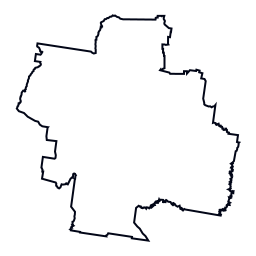 Macedon Ranges, Victoria, Australia
{"feature_id": "25037944B22463121274190", "entity_name": "Macedon Ranges", "entity_type": "district", "adm_level": 2, "iso_a3": "AUS", "parent_name": "Australia", "parent_adm1": "Victoria", "projection": "equal_earth", "projection_center": [144.673, -37.333], "detail": "fine", "context": "isolated", "style": "outline", "palette": "ink", "viewbox_px": 256, "rotation_deg": 0, "n_neighbors": 0, "source": "geoboundaries", "source_scale": "gbopen_adm2", "svg_char_len": 5808}
<svg xmlns="http://www.w3.org/2000/svg" viewBox="0 0 256 256"><path d="M42.0,178.7L55.7,182.5L56.3,183.6L56.1,185.2L56.3,185.9L57.2,186.4L57.5,187.5L59.1,188.4L60.4,187.4L61.6,184.3L62.9,184.6L65.6,184.2L65.9,183.5L66.5,183.3L67.0,183.6L67.4,184.3L67.8,184.4L70.5,178.8L72.0,177.4L72.9,177.8L73.2,174.1L74.1,173.5L75.1,173.9L75.5,175.0L75.9,175.3L75.4,176.1L75.1,178.9L74.9,178.9L71.1,206.7L75.0,211.8L74.8,214.8L74.4,216.2L74.7,218.3L73.9,220.7L73.1,221.7L72.5,221.8L72.5,223.9L73.0,224.8L73.0,225.3L73.5,225.7L73.1,225.9L72.6,225.7L72.8,226.1L72.4,226.3L72.9,226.6L72.1,226.5L72.0,226.9L71.6,227.1L71.8,227.6L71.3,227.5L70.7,228.4L70.6,228.9L70.8,229.3L70.5,229.5L71.3,229.8L71.1,230.4L80.1,231.9L80.0,232.5L106.4,236.4L106.2,235.5L107.5,234.7L108.2,233.3L132.0,236.9L131.8,238.3L148.3,240.6L145.5,236.1L142.7,233.5L139.8,228.7L137.3,226.5L134.1,222.6L136.1,207.9L138.7,205.8L139.8,206.6L140.1,206.3L140.9,206.5L141.1,207.6L141.5,207.9L142.1,207.7L142.4,208.1L142.8,208.2L144.0,207.4L144.3,207.7L145.3,207.5L146.2,208.7L147.0,207.3L147.6,207.6L148.2,207.6L149.1,208.3L149.6,207.6L151.2,207.8L152.0,207.1L151.7,207.0L151.4,206.3L150.6,206.4L150.8,205.4L152.7,204.5L153.2,206.0L153.7,205.6L153.6,204.8L154.8,204.9L154.3,203.5L155.6,201.7L155.9,201.9L155.9,202.6L156.1,202.9L157.9,202.9L157.9,202.5L157.3,201.7L157.3,201.0L158.6,200.9L159.1,199.4L159.3,199.8L159.4,201.1L159.8,200.8L160.4,199.7L163.2,199.9L163.7,200.6L163.0,201.6L163.0,202.1L163.3,202.2L164.1,201.8L164.8,202.1L165.5,202.1L165.5,201.2L165.8,200.3L166.1,200.0L166.5,200.2L168.2,201.7L170.5,202.0L171.7,204.1L173.0,205.2L173.4,204.9L172.9,203.2L173.4,203.0L175.2,204.4L175.5,205.4L177.6,206.7L179.6,205.7L180.4,208.9L180.8,209.0L180.6,207.9L181.5,207.9L182.8,209.4L182.6,210.3L183.0,210.5L184.3,209.0L185.3,209.5L220.7,215.6L221.0,214.5L219.3,213.7L220.1,212.7L219.3,212.0L219.2,211.4L219.7,210.9L220.4,211.3L220.8,210.9L219.8,210.4L219.7,209.8L220.2,209.7L220.8,210.3L221.5,210.3L221.7,210.2L221.7,209.7L222.5,209.2L223.3,210.7L225.4,210.4L225.6,210.2L225.3,209.5L224.5,209.3L224.4,208.6L224.8,208.4L225.3,208.9L225.3,207.6L226.1,207.6L226.9,206.7L227.0,206.3L226.6,205.5L226.7,205.1L227.1,204.8L229.6,205.0L229.4,204.3L229.4,203.9L228.6,204.0L228.3,203.5L230.0,202.7L228.3,201.6L229.3,198.7L229.0,197.5L230.4,198.1L230.9,197.9L230.3,196.9L230.9,196.5L230.3,196.1L230.4,195.8L231.5,196.2L231.4,193.6L232.6,192.6L233.3,193.0L233.5,191.2L232.8,191.3L232.2,191.0L231.5,191.5L231.0,191.6L230.1,190.9L230.1,190.2L228.4,189.4L230.7,188.4L230.6,188.1L230.2,187.9L230.7,186.6L230.4,185.9L230.6,184.5L229.9,184.5L229.4,184.1L230.9,182.6L229.8,181.9L230.3,181.5L231.1,181.6L231.4,180.5L231.4,179.6L230.6,179.6L230.4,178.8L231.3,178.5L232.0,177.5L231.4,176.4L232.0,176.0L230.8,175.1L231.1,174.7L231.4,175.2L231.8,175.1L232.0,174.6L231.2,173.4L230.9,173.2L229.8,173.6L229.6,173.4L229.9,172.9L229.9,171.9L229.7,171.8L229.8,171.5L231.6,171.6L232.5,171.3L232.9,169.8L232.2,168.8L231.9,169.0L232.0,168.0L230.9,167.7L231.0,167.4L232.7,166.9L232.8,166.5L232.1,166.1L232.2,164.8L232.0,164.2L231.7,164.3L230.9,163.7L231.7,163.1L232.1,163.3L232.9,163.2L232.7,162.4L233.9,161.1L235.7,151.2L236.6,150.8L237.2,149.2L237.2,148.0L238.2,146.8L238.6,144.5L238.5,143.3L239.2,142.5L237.0,142.0L238.0,135.1L228.6,133.8L229.0,132.7L228.7,132.4L227.5,132.4L226.9,131.9L227.0,130.9L226.7,130.5L226.9,129.9L226.2,129.4L226.1,128.7L225.4,128.7L225.5,129.6L223.9,130.0L223.4,129.8L222.9,128.4L222.3,128.5L222.1,126.8L221.1,126.4L220.7,125.6L220.3,125.7L220.2,126.5L219.2,126.0L218.6,123.7L217.0,124.3L217.3,124.6L217.1,124.8L216.4,124.9L215.8,124.3L215.8,123.4L215.6,123.1L213.5,122.6L213.0,122.8L215.4,105.0L214.4,106.2L212.7,106.6L211.7,107.3L210.1,106.3L208.7,106.5L205.3,105.2L204.3,104.4L204.2,102.7L203.2,98.6L205.7,81.1L204.5,79.0L201.2,78.4L202.4,73.2L199.2,72.3L199.6,70.6L196.4,69.7L196.1,71.0L189.9,70.2L187.0,73.5L186.9,71.2L184.0,71.2L184.0,73.9L183.8,73.9L170.1,73.8L169.4,72.6L160.1,70.2L160.8,69.3L161.2,70.1L162.2,69.9L162.9,68.8L164.5,68.2L164.5,56.0L164.0,56.0L163.8,52.6L163.0,52.6L163.1,48.9L162.4,48.9L162.4,44.4L164.8,44.5L165.7,44.9L168.4,44.5L168.0,43.6L168.1,36.9L170.0,37.2L170.7,31.9L171.0,32.0L171.5,28.5L168.9,28.1L164.6,24.4L164.3,23.2L164.9,21.1L164.7,20.4L163.9,19.5L163.7,18.1L164.3,15.9L161.9,15.9L161.7,16.2L161.2,15.9L157.7,15.9L157.7,17.5L156.4,17.5L155.7,17.9L155.7,18.7L155.5,19.6L123.0,19.3L120.3,18.7L118.8,17.3L117.2,17.0L115.0,15.5L114.0,15.9L112.7,15.4L111.5,16.6L110.1,16.7L108.3,18.1L107.3,18.0L106.0,19.1L104.7,19.2L103.7,21.0L101.1,22.3L100.8,22.9L101.0,23.9L101.5,25.4L102.1,26.1L102.1,26.7L101.7,26.8L101.2,26.2L100.8,26.4L101.1,27.6L100.6,27.7L100.1,30.0L98.8,31.6L98.7,32.2L98.3,32.9L98.5,33.7L98.0,35.4L97.2,36.6L96.4,36.9L96.4,39.7L95.6,39.8L95.5,40.2L95.7,42.1L95.4,44.3L95.7,46.0L95.4,48.6L95.7,49.4L95.7,53.0L93.8,53.5L92.3,52.8L91.0,51.6L37.5,43.4L37.1,46.0L37.3,46.6L39.0,47.7L39.3,48.2L40.1,50.2L40.1,51.1L41.1,52.3L41.9,51.7L42.3,52.0L41.1,54.1L40.5,54.7L35.9,54.0L34.9,61.1L40.4,61.9L40.1,62.8L40.9,64.1L40.7,65.0L39.3,66.4L38.7,66.4L37.9,67.2L35.3,67.8L34.8,69.0L33.9,69.4L33.5,70.1L33.6,71.0L32.3,72.0L32.1,72.8L30.6,74.5L30.4,75.4L29.0,76.5L28.9,78.3L27.9,80.4L28.0,81.4L26.8,84.4L26.7,86.3L26.1,86.9L25.9,87.6L25.6,88.4L25.8,89.2L25.0,89.8L25.2,91.3L24.9,91.5L23.8,90.6L23.2,90.6L21.7,92.6L21.5,94.8L20.9,96.0L20.9,96.5L20.6,96.6L20.2,98.3L20.2,99.3L20.8,101.1L20.6,102.1L20.3,102.5L19.7,102.6L19.6,103.0L19.5,104.0L19.8,104.3L18.6,103.6L18.2,105.9L17.5,106.4L17.3,107.5L16.8,108.6L18.9,111.2L24.0,113.0L27.7,116.7L35.1,120.9L38.2,121.7L39.8,124.6L42.3,126.3L47.9,127.2L47.6,127.5L46.4,136.2L46.8,140.0L56.4,141.1L55.0,151.6L55.8,155.2L55.5,157.9L55.2,158.3L54.5,158.7L42.9,156.9L41.4,167.7L41.9,168.2L42.0,168.8L42.5,169.6L42.3,171.5L43.2,171.5L42.0,178.7Z" fill="none" stroke="#020617" stroke-width="2"/></svg>